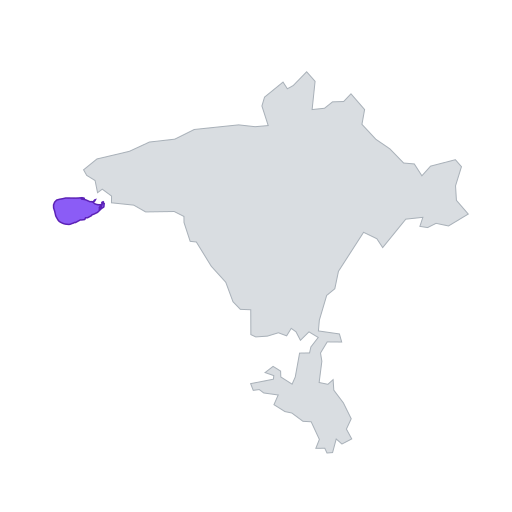 map of Sri Lanka with India greyed out, rotated 96°
{"feature_id": "LKA", "entity_name": "Sri Lanka", "entity_type": "country or territory", "adm_level": 0, "iso_a3": "LKA", "parent_name": "Asia", "parent_adm1": "", "projection": "mercator", "projection_center": [80.512, 7.881], "detail": "fine", "context": "with_neighbors", "style": "filled", "palette": "violet", "viewbox_px": 512, "rotation_deg": 96, "n_neighbors": 1, "source": "natural_earth", "source_scale": "50m", "svg_char_len": 2732}
<svg xmlns="http://www.w3.org/2000/svg" viewBox="0 0 512 512"><g transform="rotate(96 256 256)"><path d="M443.5,159.3L444.5,164.8L440.0,167.5L441.0,176.4L431.8,173.8L415.1,183.8L415.5,192.0L408.4,204.0L407.7,211.0L402.0,222.6L391.9,219.4L391.4,234.0L388.5,238.8L389.9,244.7L383.5,248.0L376.7,225.8L373.1,225.8L371.0,234.8L364.0,227.5L367.9,219.5L373.7,218.7L379.7,206.7L372.2,204.3L348.0,202.5L346.8,192.6L340.7,191.9L330.5,185.6L325.9,195.4L335.2,203.0L327.2,208.3L324.3,213.4L332.2,217.2L330.0,225.7L334.5,236.3L336.5,247.8L334.7,252.9L310.0,255.6L310.7,266.0L303.9,274.1L285.3,283.3L270.9,299.4L248.3,316.8L248.3,323.0L230.2,331.1L224.2,331.8L220.3,342.0L223.7,370.4L218.2,382.9L218.2,405.3L211.5,405.9L205.6,415.9L209.6,420.2L197.8,423.9L193.5,432.8L188.3,436.5L176.1,424.3L165.1,392.8L153.8,373.9L148.3,349.0L136.6,330.6L127.4,287.0L127.5,270.4L125.0,257.5L106.2,265.8L97.1,264.1L80.2,247.3L86.4,242.3L82.6,236.8L67.5,224.9L76.1,215.5L104.5,215.5L101.9,203.3L94.7,196.0L93.2,185.0L84.8,178.5L99.0,163.3L114.0,164.4L127.4,149.0L135.5,134.0L148.1,118.9L147.9,108.2L158.9,99.4L148.4,91.8L139.4,67.8L145.7,61.0L165.3,64.9L179.7,62.5L192.1,49.3L206.0,67.7L204.7,80.4L209.8,88.3L209.4,96.1L200.1,94.1L203.7,110.9L234.4,130.9L226.2,137.6L221.2,151.5L262.6,172.4L280.3,174.2L287.8,181.6L313.2,186.3L324.0,186.1L324.8,164.9L332.6,161.8L334.0,176.2L345.7,181.7L353.8,179.5L375.2,180.0L376.1,171.1L370.9,166.4L381.3,164.6L393.0,153.7L407.9,144.3L418.7,148.0L427.9,141.7L434.0,150.9L429.6,157.1L443.5,159.3Z" fill="#d9dde1" stroke="#a8b0b8" stroke-width="1"/><path d="M219.8,412.4L221.0,412.5L222.4,412.4L223.3,412.6L224.9,414.6L229.2,418.2L231.5,421.9L231.8,422.7L232.1,423.4L232.6,423.6L233.1,423.9L235.5,427.4L235.7,428.1L235.7,428.9L235.8,429.5L236.5,429.8L237.2,429.9L237.7,430.4L238.4,433.3L238.4,434.1L238.5,434.5L241.5,438.9L241.7,439.4L241.6,439.8L241.7,440.2L242.3,440.9L243.2,443.0L243.6,443.5L244.2,445.3L244.2,448.8L244.0,450.4L243.5,452.2L242.8,454.1L242.1,455.4L241.1,456.5L237.8,458.9L236.9,459.4L232.5,460.9L229.4,462.3L226.4,462.7L223.5,461.9L221.2,460.1L220.1,457.3L219.3,454.5L218.2,451.3L217.3,441.5L216.9,438.7L216.2,435.2L216.3,433.7L216.8,432.2L216.8,435.4L217.2,435.8L217.6,435.4L217.8,432.1L218.1,430.7L219.3,427.0L219.3,426.4L219.1,425.0L219.1,424.3L220.9,421.8L221.3,420.3L221.5,418.7L221.4,417.1L221.1,415.5L222.5,416.0L223.3,416.5L224.1,416.9L224.8,416.7L225.5,416.7L225.0,415.8L223.3,415.0L220.6,414.5L219.8,413.9L219.4,413.3L219.6,412.7L219.8,412.4ZM218.4,422.4L218.8,423.3L217.7,422.7L217.0,422.1L216.8,421.6L218.2,422.2L218.4,422.4ZM219.6,414.8L218.8,414.9L218.2,414.0L218.0,413.7L218.2,413.4L218.4,413.3L218.6,413.3L218.9,414.1L219.6,414.8Z" fill="#8b5cf6" stroke="#5b21b6" stroke-width="1.5"/></g></svg>